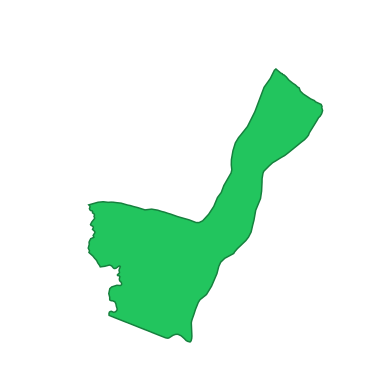 outline of Huehuetenango, Huehuetenango, Guatemala, rotated 112°
{"feature_id": "79465075B83999365209014", "entity_name": "Huehuetenango", "entity_type": "district", "adm_level": 2, "iso_a3": "GTM", "parent_name": "Guatemala", "parent_adm1": "Huehuetenango", "projection": "mercator", "projection_center": [-91.375, 15.301], "detail": "fine", "context": "isolated", "style": "filled", "palette": "green", "viewbox_px": 384, "rotation_deg": 112, "n_neighbors": 0, "source": "geoboundaries", "source_scale": "gbopen_adm2", "svg_char_len": 2935}
<svg xmlns="http://www.w3.org/2000/svg" viewBox="0 0 384 384"><g transform="rotate(112 192 192)"><path d="M233.4,130.3L231.7,130.1L227.5,128.7L216.9,123.9L212.6,122.7L206.9,122.2L200.1,123.3L194.9,124.0L185.0,126.1L172.5,126.0L165.1,127.8L161.4,129.1L156.8,130.7L153.4,132.0L148.1,133.2L145.9,133.2L139.2,130.4L134.6,128.2L131.9,126.1L131.2,125.6L127.2,122.7L123.1,119.5L119.5,117.4L104.4,109.1L101.4,107.3L98.1,106.0L95.6,105.3L93.2,105.4L79.3,103.0L75.7,102.5L73.8,101.6L70.9,101.1L67.6,101.4L65.1,103.3L63.9,103.5L62.4,105.1L62.1,111.3L61.4,112.7L61.2,117.0L59.4,125.7L57.9,129.3L55.3,131.7L55.1,133.5L54.0,136.2L53.3,139.7L51.9,144.2L50.0,147.7L49.0,150.5L49.1,151.9L48.5,152.6L48.5,154.2L46.5,160.3L48.3,161.2L57.4,161.9L67.9,164.4L93.1,163.8L94.2,163.8L110.5,165.1L120.7,168.1L124.1,169.2L130.2,170.2L138.3,169.5L147.2,167.6L152.2,165.7L156.5,163.4L159.7,162.9L174.0,164.9L181.5,164.7L187.5,166.3L197.2,166.4L206.4,168.2L214.7,171.3L217.7,174.0L218.8,176.8L218.9,184.2L220.2,196.0L220.5,203.5L220.8,206.4L221.0,210.1L221.4,212.7L221.7,217.0L223.0,223.0L226.2,228.9L226.8,236.6L227.4,240.9L227.7,244.3L228.2,246.6L228.9,253.6L230.0,257.4L231.0,261.3L231.8,263.4L233.0,265.9L234.3,270.7L236.7,275.3L242.6,282.9L243.4,281.3L244.3,280.9L245.8,280.9L246.4,280.4L246.9,279.8L247.2,278.6L247.0,278.1L246.9,277.5L247.4,276.8L248.0,276.7L248.6,276.4L249.1,274.4L249.9,273.8L251.4,273.7L252.6,272.5L253.5,272.5L257.5,273.7L260.2,273.9L260.8,273.1L260.9,271.3L261.4,270.5L262.2,270.1L263.9,270.3L265.0,267.5L265.4,267.1L266.0,266.8L269.3,267.4L270.0,266.7L270.8,266.0L273.2,268.4L276.5,268.7L277.8,268.4L278.7,267.7L282.9,267.2L284.9,265.0L286.7,264.9L288.5,259.9L290.0,257.3L291.2,254.8L293.1,252.7L294.7,250.2L295.8,249.0L293.6,245.1L290.6,241.1L290.6,238.9L291.9,236.4L292.1,235.5L291.7,234.6L291.2,234.0L290.7,233.6L290.1,233.3L289.4,232.8L288.8,232.5L288.2,232.1L287.7,231.3L288.1,230.5L288.9,230.5L289.7,230.5L290.5,230.5L291.8,230.4L292.3,230.1L293.0,229.6L293.5,229.2L294.2,229.0L295.2,229.4L295.7,229.7L296.9,230.1L297.3,229.6L297.1,228.8L297.1,227.9L297.5,227.2L298.6,227.0L299.9,226.8L300.8,226.3L301.6,225.5L301.8,225.0L302.2,223.9L302.8,223.3L303.7,222.7L304.7,222.8L305.6,223.4L305.8,224.2L306.1,225.1L306.6,226.7L310.1,230.9L312.4,232.0L317.4,231.1L320.4,228.9L322.6,228.0L323.0,227.6L323.1,226.9L322.9,225.6L322.6,224.9L322.7,222.4L324.2,220.7L326.5,219.2L328.5,217.5L330.0,217.4L331.4,217.9L332.3,218.7L332.9,219.6L332.8,222.1L333.5,223.1L334.4,223.6L336.0,223.4L337.5,222.6L337.1,162.0L336.8,160.4L336.5,159.5L335.9,158.7L331.8,155.8L330.0,153.7L329.2,151.7L329.4,148.1L330.8,144.2L331.9,141.8L332.1,140.0L331.9,138.6L331.8,137.7L331.3,137.3L330.1,137.1L329.3,137.2L327.9,137.4L325.7,138.1L313.6,143.6L311.7,144.0L309.5,144.2L304.8,144.4L299.6,144.8L292.0,144.8L288.8,144.2L281.7,140.2L272.0,138.6L258.4,138.3L251.0,139.3L246.4,139.1L241.2,136.8L233.4,130.3Z" fill="#22c55e" stroke="#15803d" stroke-width="1.5"/></g></svg>